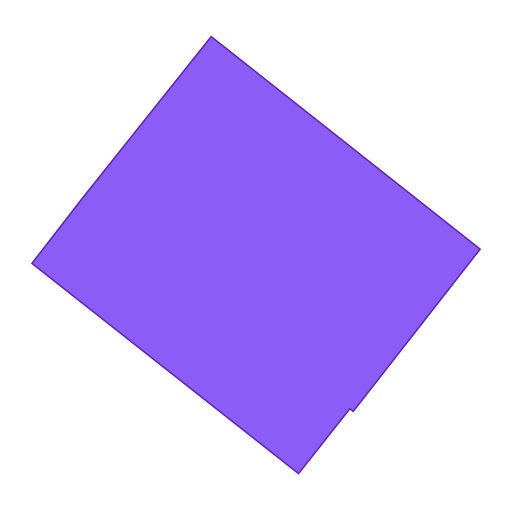 outline of Woodson, Kansas, United States of America, rotated 38°
{"feature_id": "52423323B96527043056264", "entity_name": "Woodson", "entity_type": "district", "adm_level": 2, "iso_a3": "USA", "parent_name": "United States of America", "parent_adm1": "Kansas", "projection": "robinson", "projection_center": [-95.741, 37.886], "detail": "fine", "context": "isolated", "style": "filled", "palette": "violet", "viewbox_px": 512, "rotation_deg": 38, "n_neighbors": 0, "source": "geoboundaries", "source_scale": "gbopen_adm2", "svg_char_len": 262}
<svg xmlns="http://www.w3.org/2000/svg" viewBox="0 0 512 512"><g transform="rotate(38 256 256)"><path d="M84.0,399.8L423.5,401.3L424.0,318.6L428.3,318.6L428.4,112.6L85.6,110.7L83.6,317.0L84.0,399.8Z" fill="#8b5cf6" stroke="#5b21b6" stroke-width="1.5"/></g></svg>